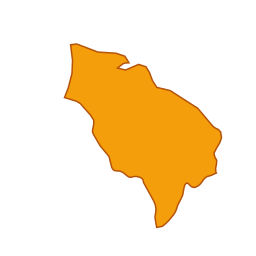 an SVG outline of Saint Thomas, rotated 219°
{"feature_id": "JAM-1383", "entity_name": "Saint Thomas", "entity_type": "Parish", "adm_level": 1, "iso_a3": "JAM", "parent_name": "Jamaica", "parent_adm1": "", "projection": "equal_earth", "projection_center": [-76.493, 17.967], "detail": "fine", "context": "isolated", "style": "filled", "palette": "amber", "viewbox_px": 256, "rotation_deg": 219, "n_neighbors": 0, "source": "natural_earth", "source_scale": "10m", "svg_char_len": 1235}
<svg xmlns="http://www.w3.org/2000/svg" viewBox="0 0 256 256"><g transform="rotate(219 128 128)"><path d="M196.5,111.7L199.8,121.9L205.9,135.2L213.7,145.7L225.0,156.6L220.7,161.0L199.3,168.0L184.3,178.6L175.6,181.8L168.3,179.3L171.1,176.7L172.3,174.8L173.9,168.0L166.4,171.5L159.8,184.1L152.6,186.9L146.2,184.6L138.8,180.2L131.2,177.7L118.8,183.6L86.3,187.2L63.3,182.8L60.0,182.9L56.9,183.7L53.5,183.2L49.2,179.3L47.4,174.3L46.5,167.9L45.3,162.4L42.0,160.0L38.7,158.7L36.5,155.6L34.6,151.9L32.0,149.0L31.0,148.7L33.5,143.6L36.1,139.8L36.6,138.0L36.8,135.6L36.5,130.4L37.0,127.2L38.8,123.7L40.4,122.7L42.0,122.3L46.2,122.7L47.3,122.5L48.0,121.4L48.0,119.5L46.6,116.3L43.6,110.9L42.9,109.1L40.6,98.7L39.5,96.2L38.5,93.0L38.0,89.6L38.1,81.3L38.7,76.8L39.4,73.2L43.2,68.8L50.9,75.6L54.1,81.0L54.8,82.0L55.7,83.0L58.4,85.4L61.5,87.2L81.1,95.2L84.0,97.3L85.6,97.5L87.5,97.3L90.9,95.7L92.5,94.4L94.3,92.1L95.1,91.2L96.1,90.6L97.8,90.3L103.6,90.3L105.7,89.9L107.2,89.4L109.9,87.5L112.0,86.3L113.7,86.4L115.8,87.1L124.8,93.9L138.4,96.6L150.6,101.2L152.8,102.4L153.6,103.2L154.3,104.2L157.0,109.3L158.1,110.8L159.7,112.6L165.3,114.4L180.4,117.0L184.7,116.4L196.3,111.8L196.5,111.7Z" fill="#f59e0b" stroke="#b45309" stroke-width="1.5"/></g></svg>